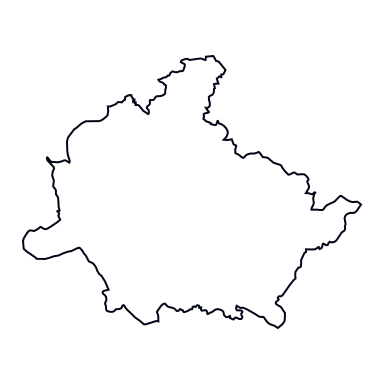 Ha Hoa, Phú Thọ, Vietnam (orthographic projection)
{"feature_id": "81297802B43584820413656", "entity_name": "Ha Hoa", "entity_type": "district", "adm_level": 2, "iso_a3": "VNM", "parent_name": "Vietnam", "parent_adm1": "Phú Thọ", "projection": "orthographic", "projection_center": [105.009, 21.586], "detail": "fine", "context": "isolated", "style": "outline", "palette": "ink", "viewbox_px": 384, "rotation_deg": 0, "n_neighbors": 0, "source": "geoboundaries", "source_scale": "gbopen_adm2", "svg_char_len": 5957}
<svg xmlns="http://www.w3.org/2000/svg" viewBox="0 0 384 384"><path d="M277.8,328.0L282.1,324.5L284.1,321.9L284.6,320.6L284.8,318.7L285.0,313.1L281.0,307.1L276.4,304.3L276.0,303.8L275.7,302.4L278.7,299.6L277.7,298.0L278.6,296.4L280.8,296.3L282.0,295.7L283.4,294.1L289.6,285.2L293.5,280.3L295.5,278.5L295.2,274.8L295.5,271.7L298.3,267.7L299.5,267.5L300.7,266.8L301.2,263.9L301.1,260.4L301.3,259.7L304.2,253.4L305.3,252.3L306.0,252.0L306.1,249.3L312.8,249.5L315.1,249.2L316.4,248.6L318.1,247.2L318.8,247.1L319.1,248.4L319.8,249.1L321.9,247.6L322.9,243.8L323.4,243.6L326.0,245.1L327.6,245.1L328.4,243.2L329.7,241.8L331.4,242.4L334.4,241.9L336.3,240.5L341.7,232.5L344.1,230.8L344.8,230.0L345.1,228.5L344.9,226.4L345.6,224.1L344.6,218.3L345.2,216.2L346.1,214.8L347.6,213.8L350.4,212.9L354.1,212.9L355.0,212.4L356.8,210.8L361.0,204.5L358.8,202.7L357.1,201.7L352.6,202.1L349.8,201.4L347.0,199.9L341.2,195.9L340.3,196.0L339.1,196.9L334.5,201.6L327.2,205.0L324.8,207.2L323.9,208.8L322.9,209.8L322.1,210.0L319.5,210.0L317.6,209.7L311.5,209.7L311.5,208.4L313.4,204.5L313.8,203.1L313.2,198.7L313.6,196.3L314.1,194.4L315.3,192.7L314.8,192.3L314.3,192.5L312.8,194.0L312.2,194.2L311.4,194.2L308.9,193.3L305.9,193.1L308.7,188.3L309.0,186.9L308.9,185.6L307.3,182.0L307.4,180.9L308.5,179.8L308.3,178.7L307.8,177.7L305.3,175.0L304.2,174.4L302.2,174.2L297.4,174.5L294.7,172.6L294.2,172.5L292.8,172.9L290.2,174.3L288.4,174.7L285.3,171.6L282.5,168.0L281.4,165.9L280.4,165.0L273.5,162.7L267.6,157.7L262.8,157.1L259.8,152.9L258.7,152.0L255.5,153.2L254.2,153.5L250.4,153.5L247.7,154.3L245.9,155.3L243.8,157.7L243.1,157.9L241.3,156.9L239.0,154.9L235.3,153.0L235.3,149.4L236.2,145.8L235.5,145.1L233.8,144.5L233.3,143.7L231.8,139.3L226.9,140.1L223.7,139.7L225.7,137.8L226.9,136.0L227.9,132.5L227.3,130.3L225.7,127.7L223.8,125.8L221.6,124.3L219.1,123.5L217.9,120.9L217.5,121.0L216.2,124.7L214.7,125.1L210.8,124.1L210.8,123.1L205.6,121.0L205.0,120.1L203.7,119.3L203.3,118.7L204.1,117.1L203.7,115.2L203.7,114.2L204.3,113.6L208.4,112.6L209.0,112.2L208.8,111.7L207.2,110.0L205.9,107.8L207.1,108.0L207.8,107.8L209.5,106.3L209.8,105.5L209.8,102.7L208.9,99.5L208.9,96.8L210.2,95.7L212.3,94.9L213.5,93.3L213.9,91.4L214.0,88.9L214.9,88.3L214.0,84.1L215.6,83.7L218.4,83.7L216.8,78.7L219.3,76.4L220.8,77.2L221.3,77.1L221.3,74.4L222.5,74.5L223.6,73.9L225.5,70.0L219.7,62.8L218.3,61.4L216.2,61.0L215.8,60.5L213.8,56.6L213.3,56.0L205.9,56.7L205.6,59.9L204.0,59.7L201.9,58.7L200.2,58.5L189.4,60.0L188.0,59.0L185.8,58.9L181.8,60.3L181.0,61.2L180.9,62.2L184.4,64.0L184.9,64.9L184.7,66.4L183.2,70.6L182.4,71.1L180.2,71.1L177.2,72.2L174.7,72.1L173.3,71.5L172.1,71.6L170.5,72.9L169.2,75.5L167.6,75.7L166.2,77.2L163.2,77.7L161.8,78.6L158.4,79.8L159.5,81.4L162.7,82.7L163.7,83.5L164.2,84.6L165.2,84.7L166.0,85.5L166.0,87.3L165.4,89.5L165.1,93.5L164.5,94.3L162.4,95.5L160.4,96.1L156.5,96.3L155.2,97.5L154.3,99.2L153.1,100.0L151.7,100.2L150.7,99.9L149.9,100.2L149.7,101.0L150.0,102.5L149.8,104.1L149.2,104.9L147.1,106.5L146.9,107.5L147.1,108.5L148.8,110.3L148.8,113.3L148.4,114.0L147.8,113.9L143.3,110.8L138.9,105.4L137.3,104.9L135.6,105.0L135.8,102.7L134.7,102.9L134.5,100.3L133.1,101.7L133.0,101.3L133.4,99.0L133.1,98.5L132.5,98.1L132.2,97.3L131.3,96.2L131.4,95.2L129.9,94.9L128.9,95.5L128.1,95.4L127.3,96.1L126.1,96.4L125.1,97.1L125.0,99.7L123.7,100.3L121.8,102.4L120.3,102.1L117.7,102.2L116.2,103.9L113.9,105.0L110.4,106.4L107.8,106.5L108.2,110.5L107.7,114.9L106.0,117.0L101.9,120.1L99.3,121.1L85.7,121.3L81.5,123.5L76.1,128.1L74.2,129.3L68.0,137.5L67.2,140.5L67.0,142.7L67.3,151.2L67.9,155.1L69.7,160.8L69.6,162.1L69.3,162.6L65.6,160.4L64.0,160.4L61.4,161.5L57.8,162.3L52.9,161.9L52.0,162.2L50.0,160.8L48.7,158.8L47.4,157.4L46.8,157.9L47.3,160.2L53.8,167.2L54.1,168.1L53.7,169.7L52.7,171.5L52.2,175.7L53.7,180.2L53.8,181.4L53.2,185.6L53.5,187.0L55.3,189.1L55.9,190.5L56.0,194.3L57.9,197.2L58.2,198.7L58.7,207.0L59.6,210.6L59.1,210.9L57.6,210.9L57.3,211.2L57.4,211.6L58.8,212.8L59.1,213.5L59.1,214.1L58.3,215.7L60.2,219.7L56.9,222.5L50.6,226.7L47.8,228.4L45.9,229.2L44.3,229.0L40.6,226.9L39.3,227.7L38.4,228.7L34.1,231.0L30.6,230.4L29.1,230.7L26.8,233.3L23.7,238.5L23.0,241.0L23.7,248.8L26.5,251.3L35.6,257.6L36.5,258.8L45.0,259.0L49.8,257.7L54.1,256.2L58.5,255.5L63.0,253.4L67.4,251.8L71.3,251.1L77.0,248.3L79.4,247.7L80.8,248.9L82.7,251.2L83.6,253.1L85.8,255.5L88.8,261.4L92.2,262.9L93.3,263.7L94.4,265.0L96.0,267.4L97.3,270.8L98.9,273.5L99.4,274.2L101.4,275.7L104.9,281.2L108.6,289.7L103.8,290.9L102.9,291.7L102.6,292.5L103.0,293.6L104.9,295.3L105.9,296.6L106.4,298.7L106.2,300.8L105.3,302.5L105.1,303.7L105.9,306.1L106.0,308.3L106.3,310.0L106.7,310.6L107.6,311.2L110.7,311.9L113.0,311.7L114.2,311.1L116.0,309.2L118.9,309.1L121.0,308.4L121.8,307.4L122.2,306.0L123.4,305.1L124.3,305.6L125.2,307.3L126.9,309.5L131.5,313.8L134.9,317.3L140.1,321.0L144.0,324.4L146.2,324.2L156.2,321.0L158.4,321.4L158.2,315.6L156.9,311.9L161.0,305.9L162.6,304.4L164.4,303.6L164.9,303.6L167.4,306.2L168.5,306.9L172.6,307.8L174.7,308.8L176.6,310.9L178.5,310.8L180.0,309.0L180.6,309.1L181.7,310.1L183.0,310.4L183.2,311.4L183.7,312.0L184.5,312.1L188.4,310.7L189.4,309.6L192.0,309.2L192.3,308.8L192.4,307.4L192.8,306.8L194.1,306.4L195.1,307.1L195.5,307.0L196.8,305.5L197.5,305.2L198.9,305.7L199.2,307.9L199.9,307.9L200.8,307.2L201.2,307.3L200.9,308.8L201.3,310.2L201.8,310.7L204.7,310.2L206.3,310.5L207.1,311.7L207.3,313.7L207.8,314.1L210.2,312.7L212.2,312.0L215.0,309.8L217.4,309.1L219.2,309.4L221.4,310.1L223.0,311.3L223.4,312.0L224.1,315.2L225.9,316.9L226.7,317.2L227.8,317.0L228.8,316.7L229.5,315.9L229.9,315.9L230.1,316.2L230.0,318.0L233.4,319.5L235.3,317.5L235.9,317.5L239.4,319.0L241.2,319.0L242.3,317.6L242.2,316.3L241.5,315.4L241.2,313.8L242.3,312.1L242.3,311.4L241.3,310.5L237.2,310.3L236.8,310.0L236.1,308.8L236.1,307.8L236.7,305.8L240.3,307.9L242.9,307.7L246.5,309.1L254.3,313.5L259.3,316.7L263.6,317.0L266.8,321.5L268.6,323.3L270.8,324.5L274.4,325.7L277.8,328.0Z" fill="none" stroke="#020617" stroke-width="2"/></svg>